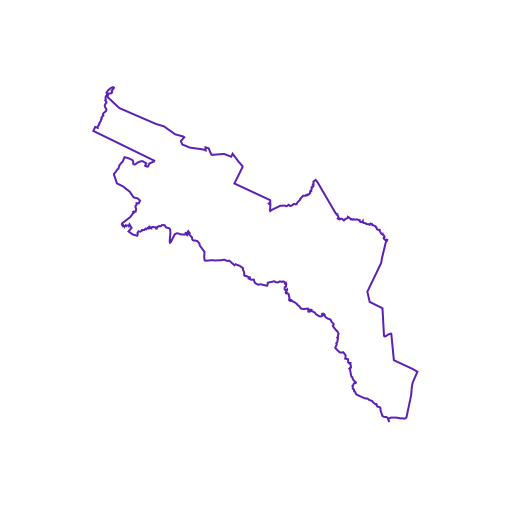 Muhoroni, Nyanza, Kenya, rotated 25°
{"feature_id": "3690345B3784519095047", "entity_name": "Muhoroni", "entity_type": "district", "adm_level": 2, "iso_a3": "KEN", "parent_name": "Kenya", "parent_adm1": "Nyanza", "projection": "orthographic", "projection_center": [35.071, -0.126], "detail": "fine", "context": "isolated", "style": "outline", "palette": "violet", "viewbox_px": 512, "rotation_deg": 25, "n_neighbors": 0, "source": "geoboundaries", "source_scale": "gbopen_adm2", "svg_char_len": 6109}
<svg xmlns="http://www.w3.org/2000/svg" viewBox="0 0 512 512"><g transform="rotate(25 256 256)"><path d="M446.9,350.2L444.6,347.6L446.8,345.3L451.3,343.2L456.0,342.0L456.8,341.4L459.5,340.6L460.6,338.9L455.5,316.8L452.6,308.9L451.5,304.6L451.2,292.7L445.8,292.2L425.0,292.2L411.6,269.5L411.0,269.3L409.1,271.2L407.1,274.3L406.3,274.6L405.6,274.0L392.7,249.9L378.5,249.6L372.0,241.3L372.4,209.4L371.1,204.8L367.9,189.0L367.8,187.3L368.3,186.8L368.1,185.9L367.5,185.9L366.5,186.8L365.9,186.8L364.3,186.1L364.0,185.5L364.5,184.7L363.5,183.4L361.7,183.1L361.3,182.3L360.6,182.8L359.8,182.7L357.3,180.8L357.0,180.1L355.5,180.7L354.1,180.5L353.3,179.4L352.5,179.3L352.0,178.6L349.0,178.6L348.4,178.9L347.8,178.1L346.1,178.2L345.9,179.6L345.4,179.8L344.8,179.5L342.7,180.4L341.5,180.0L339.4,180.6L338.8,180.4L338.0,179.1L337.7,180.5L336.3,181.1L335.1,180.5L334.9,179.7L333.9,180.0L331.9,180.1L330.8,181.1L328.9,181.4L328.6,182.1L328.0,182.3L327.1,182.1L326.6,182.8L324.7,181.9L322.7,181.7L323.0,182.9L321.2,184.8L321.0,186.2L320.4,186.7L319.0,186.0L318.1,186.0L317.2,186.3L316.4,187.5L315.0,187.7L314.5,187.5L315.1,186.9L314.8,186.3L314.2,186.1L313.4,184.9L312.2,184.5L312.0,183.8L311.3,184.2L308.8,182.7L280.7,163.2L277.9,161.8L276.6,164.3L277.4,165.5L277.3,167.2L278.1,167.2L278.4,168.1L278.4,169.1L277.6,169.5L277.3,170.3L278.1,171.4L278.2,173.1L278.6,173.8L277.8,174.0L277.9,174.7L278.0,175.4L278.5,176.1L277.8,177.9L277.1,178.2L277.1,179.0L276.6,179.6L275.7,179.4L275.3,180.5L273.3,181.4L271.9,185.5L272.3,186.1L271.0,189.7L270.8,192.0L270.4,192.4L268.8,192.6L268.0,193.1L267.8,194.1L266.3,196.0L265.6,196.2L263.9,195.8L262.9,197.8L262.0,198.2L261.1,198.0L256.8,200.2L251.0,207.3L249.9,209.2L249.4,208.7L247.2,203.0L246.0,203.4L245.4,203.2L246.2,201.0L245.2,199.4L205.8,199.4L206.2,181.0L205.7,180.2L200.6,178.0L191.6,173.2L191.6,176.5L183.9,177.0L173.1,183.1L170.3,181.0L167.7,178.4L164.3,178.9L165.8,181.6L162.9,181.8L150.3,185.7L142.1,186.1L139.3,183.6L140.8,178.7L139.8,178.4L131.3,179.9L117.8,177.4L109.7,178.6L69.6,179.7L54.7,174.8L53.9,173.6L53.7,171.1L56.2,169.6L56.3,168.0L55.3,167.2L56.2,164.4L56.0,163.4L55.1,163.4L54.6,163.8L53.4,165.2L52.1,167.9L51.4,170.6L51.6,171.4L52.7,172.3L53.0,173.0L52.9,174.3L52.4,174.6L52.6,175.9L53.7,177.5L53.5,178.6L55.3,179.5L55.7,180.4L55.3,181.2L55.3,183.6L56.6,185.1L58.3,186.1L58.9,187.7L57.3,191.4L57.4,192.5L58.3,193.1L57.5,195.5L57.6,196.3L58.2,196.7L57.9,198.0L58.3,199.1L57.9,201.3L58.3,202.2L57.9,203.0L58.3,203.6L57.8,205.6L58.4,206.7L55.7,207.0L55.8,211.4L123.5,212.6L123.6,213.5L120.3,217.2L120.3,220.1L120.1,220.8L119.2,221.1L117.4,221.1L117.4,218.4L113.2,218.0L111.9,218.6L109.3,221.2L107.8,224.0L107.0,224.5L105.7,224.3L104.7,222.1L103.4,221.3L99.2,221.3L95.1,222.0L95.3,227.1L94.6,228.4L93.9,231.5L94.4,235.1L93.7,236.3L93.3,239.1L92.6,241.4L92.9,242.3L99.3,249.0L106.0,249.1L114.4,251.1L120.3,254.6L124.3,253.8L127.5,254.8L127.5,257.9L125.4,258.6L126.1,260.4L125.6,261.6L126.1,262.6L127.4,263.9L128.2,266.6L127.8,267.1L126.4,267.3L125.9,268.1L126.9,268.9L126.3,270.1L125.6,273.9L120.8,283.1L121.1,284.0L122.0,284.0L122.0,284.8L122.8,285.3L123.4,284.6L124.2,285.0L124.0,284.4L124.8,284.1L125.0,283.3L125.7,283.6L125.8,283.0L127.4,282.4L128.0,282.7L127.9,280.8L131.3,283.0L130.1,287.6L135.0,288.6L139.7,287.9L139.7,286.3L138.8,285.2L139.1,283.3L140.7,282.9L141.7,281.7L141.6,280.7L143.6,279.8L144.4,277.9L145.2,278.2L146.1,276.2L147.3,276.4L147.7,275.8L146.7,275.0L146.9,274.4L148.7,275.2L149.5,275.2L149.2,274.1L150.6,273.0L151.6,273.0L153.0,272.3L153.8,273.3L154.4,273.2L154.6,270.9L155.6,269.7L156.4,269.8L157.4,268.8L157.5,267.9L160.1,266.7L162.5,268.1L165.4,267.6L166.4,267.8L167.1,268.5L168.5,270.9L171.6,279.3L172.5,280.3L172.9,279.6L173.2,270.6L174.5,269.0L175.4,268.6L179.3,268.0L182.3,266.7L182.5,266.1L184.6,266.1L184.3,265.6L183.0,265.4L182.6,264.8L183.3,264.4L184.2,264.7L184.9,264.5L184.0,262.8L184.1,262.1L186.3,263.4L186.0,264.2L186.4,264.7L190.2,266.2L191.2,267.9L192.0,268.3L193.6,268.2L194.1,267.7L196.7,267.3L199.4,268.6L200.7,270.3L207.2,273.8L207.7,274.3L209.4,278.6L211.0,281.3L211.6,281.7L213.5,281.0L218.1,278.2L220.1,277.7L226.7,274.3L228.6,272.8L232.3,272.6L233.7,271.5L240.4,273.5L241.0,272.1L245.3,271.8L249.5,272.6L249.9,273.9L252.1,275.7L253.5,278.5L254.4,278.7L255.8,278.1L256.4,278.4L259.6,278.0L259.8,278.8L259.3,279.5L261.5,279.6L264.0,278.3L265.2,279.8L266.4,280.7L267.2,281.0L270.1,281.1L272.0,279.7L278.6,278.3L278.7,277.7L278.0,275.2L283.2,271.2L285.4,271.3L287.0,270.7L288.4,268.9L290.5,268.5L290.9,267.8L291.9,267.4L293.0,267.7L293.9,268.9L294.5,269.0L294.6,267.9L295.2,268.4L296.1,271.0L295.2,272.2L296.0,274.0L297.6,274.7L298.3,273.2L298.6,273.7L298.4,276.6L298.9,277.2L299.5,277.0L299.4,276.2L301.9,276.8L302.7,278.4L303.9,279.5L304.5,281.8L305.1,282.1L306.1,282.3L306.9,281.7L306.2,281.1L306.9,281.1L308.8,281.7L310.6,281.6L314.0,282.4L314.5,282.9L316.4,283.2L318.4,284.4L319.4,284.6L321.9,283.8L325.3,281.7L325.8,282.4L327.7,281.8L326.5,283.3L326.9,284.2L327.5,284.2L329.6,282.3L333.1,282.4L335.0,283.4L338.6,283.9L340.2,283.5L341.2,282.5L341.5,281.9L340.7,281.3L340.4,280.4L341.7,279.7L343.1,280.3L343.3,281.1L345.2,282.1L347.7,282.4L350.3,282.1L352.7,283.9L355.0,284.7L355.4,285.3L355.1,286.8L355.9,287.1L356.3,287.7L360.8,289.8L361.5,289.8L363.8,291.7L363.7,292.6L364.3,294.4L364.1,295.7L365.0,295.8L365.9,299.2L366.0,300.4L365.6,301.1L366.6,302.1L366.6,305.6L367.9,306.4L372.5,307.9L374.5,307.4L375.5,306.4L376.7,306.8L379.1,308.1L380.2,310.5L380.2,311.3L383.1,310.7L384.5,313.5L385.8,313.9L386.1,313.2L386.9,313.0L387.0,313.9L388.4,315.4L389.2,317.0L388.6,317.3L388.2,318.7L389.0,318.9L393.2,324.8L394.7,325.2L395.5,326.4L397.5,327.6L399.9,328.3L400.0,329.1L398.9,329.7L398.6,330.6L398.6,332.3L398.3,333.0L398.8,333.4L399.6,335.1L400.6,335.7L401.3,335.6L402.1,337.1L403.3,337.3L404.9,338.8L406.2,339.1L412.9,339.1L415.7,338.8L417.4,338.1L419.1,338.6L422.6,338.3L423.3,338.9L426.8,339.9L427.6,339.3L428.2,339.6L428.8,340.8L430.0,341.2L431.7,340.6L433.0,341.2L434.2,343.4L438.3,347.6L439.8,347.7L440.9,347.5L441.9,346.9L443.5,346.9L446.9,350.2Z" fill="none" stroke="#5b21b6" stroke-width="2"/></g></svg>